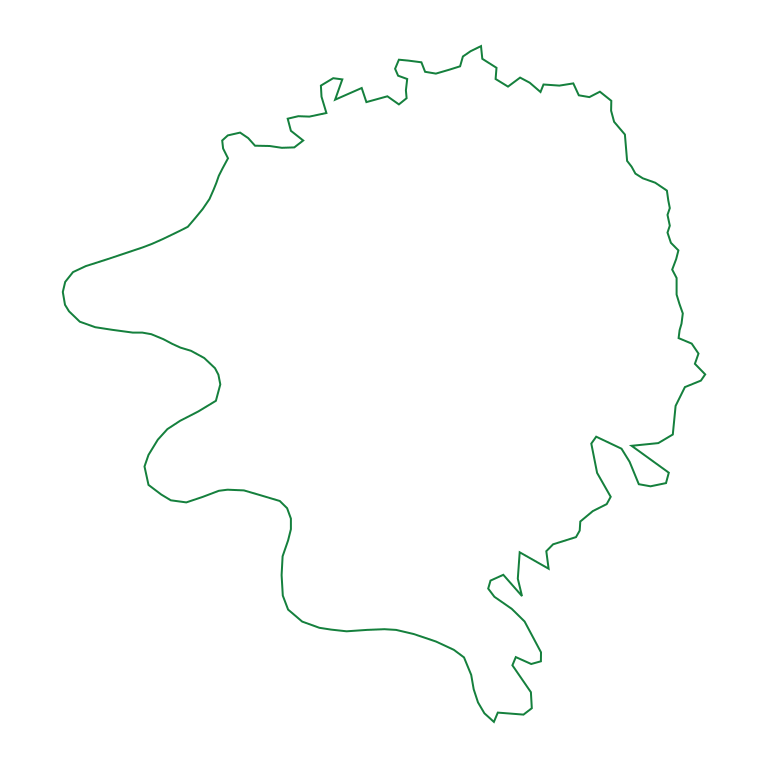 outline of Derrubadas, Rio Grande do Sul, Brazil, rotated 270°
{"feature_id": "56859067B9967974442205", "entity_name": "Derrubadas", "entity_type": "district", "adm_level": 2, "iso_a3": "BRA", "parent_name": "Brazil", "parent_adm1": "Rio Grande do Sul", "projection": "equal_earth", "projection_center": [-53.889, -27.229], "detail": "fine", "context": "isolated", "style": "outline", "palette": "green", "viewbox_px": 768, "rotation_deg": 270, "n_neighbors": 0, "source": "geoboundaries", "source_scale": "gbopen_adm2", "svg_char_len": 2573}
<svg xmlns="http://www.w3.org/2000/svg" viewBox="0 0 768 768"><g transform="rotate(270 384 384)"><path d="M550.0,195.3L541.2,187.8L536.8,179.1L528.8,162.5L524.1,151.9L520.6,142.7L508.6,106.8L501.9,85.8L495.9,73.0L486.1,65.2L476.0,62.8L463.2,65.0L456.7,69.0L446.3,79.8L440.8,95.2L438.2,112.1L435.4,132.8L435.4,142.3L433.8,151.3L428.8,163.4L424.1,172.3L420.4,180.4L417.2,191.0L410.0,204.2L399.8,215.0L393.3,218.4L383.6,220.3L367.2,215.9L356.6,198.4L347.2,180.1L338.9,167.4L328.3,157.8L313.1,148.5L301.5,144.5L283.1,148.5L273.5,161.2L267.7,170.8L265.6,186.3L271.1,202.7L277.2,218.8L278.3,227.5L277.6,243.9L273.2,259.0L267.0,279.8L259.8,287.1L249.4,290.9L238.8,290.9L227.6,288.1L211.7,282.6L192.9,281.6L172.4,282.8L158.4,288.1L146.4,302.2L140.2,319.4L138.4,331.1L136.7,346.6L138.1,367.0L138.8,384.4L138.1,396.1L134.0,413.6L126.5,435.9L118.2,453.8L110.6,464.0L93.1,471.2L78.7,473.7L65.6,478.0L54.7,484.4L46.1,493.9L55.4,497.8L53.4,523.5L59.8,531.8L75.8,530.9L102.7,512.4L110.9,515.8L104.0,531.2L106.7,540.9L115.7,541.0L146.5,524.6L159.1,511.8L171.2,494.4L179.4,488.2L187.4,490.5L193.2,503.3L171.9,522.0L189.3,517.8L215.7,519.7L199.3,548.6L216.8,546.3L223.7,553.1L230.9,576.0L237.4,579.7L246.5,580.3L256.9,592.8L263.9,606.7L271.2,610.7L295.1,597.1L324.4,591.3L331.3,596.2L319.3,621.5L306.2,629.6L283.8,638.8L281.7,650.5L284.9,666.0L295.3,668.8L322.2,631.6L324.9,658.3L333.5,672.8L362.1,675.6L380.9,684.9L387.4,700.9L393.6,705.2L404.2,694.9L414.4,698.5L424.4,691.7L429.9,678.6L437.8,679.6L444.3,681.5L454.6,682.8L464.2,679.4L473.4,676.6L481.7,676.6L490.0,676.6L498.4,672.2L509.0,676.2L517.6,678.4L525.2,670.9L535.4,667.5L542.3,669.8L553.1,667.5L559.9,669.8L567.5,668.3L577.4,666.9L585.3,655.2L589.7,642.8L594.4,635.4L601.3,631.6L607.1,627.1L633.5,624.9L639.7,619.6L646.2,614.1L657.3,611.1L667.2,611.3L676.3,599.9L670.9,589.4L672.7,578.8L684.6,573.3L682.4,559.4L683.5,543.5L676.0,540.5L685.3,529.7L690.4,520.1L681.4,508.0L689.0,495.6L700.2,496.5L709.2,482.3L721.9,481.0L716.8,470.6L711.5,462.9L701.7,460.1L698.3,449.3L694.4,435.9L696.2,425.1L705.7,421.4L707.4,408.3L708.3,398.9L699.2,395.1L692.3,398.1L689.0,407.2L677.7,405.9L669.8,406.6L663.6,398.9L671.7,387.4L665.9,366.4L680.0,361.7L668.3,335.1L688.6,342.3L689.8,333.2L682.4,320.9L671.3,321.5L655.0,326.4L651.4,309.4L651.8,298.3L649.3,287.7L637.2,290.9L627.5,303.2L620.6,294.3L620.2,281.8L622.0,269.6L622.3,255.0L629.9,248.2L635.4,240.1L632.6,227.8L627.5,222.2L619.5,223.1L609.7,228.0L599.5,222.5L592.2,218.8L585.0,216.3L578.1,213.5L569.0,209.5L559.0,202.7L550.0,195.3Z" fill="none" stroke="#15803d" stroke-width="2"/></g></svg>